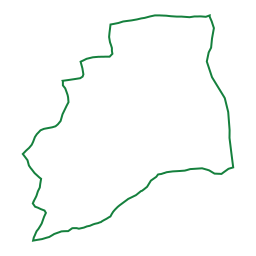 outline of Esan South-East, Edo, Nigeria
{"feature_id": "59680162B32427656470349", "entity_name": "Esan South-East", "entity_type": "district", "adm_level": 2, "iso_a3": "NGA", "parent_name": "Nigeria", "parent_adm1": "Edo", "projection": "orthographic", "projection_center": [6.432, 6.577], "detail": "fine", "context": "isolated", "style": "outline", "palette": "green", "viewbox_px": 256, "rotation_deg": 0, "n_neighbors": 0, "source": "geoboundaries", "source_scale": "gbopen_adm2", "svg_char_len": 2352}
<svg xmlns="http://www.w3.org/2000/svg" viewBox="0 0 256 256"><path d="M209.7,15.4L205.9,16.8L200.8,16.4L194.2,16.5L189.6,17.2L181.6,16.6L176.9,16.6L170.7,16.2L166.2,15.7L161.5,15.5L159.6,15.4L154.9,15.4L150.2,16.4L144.6,17.9L141.3,18.4L137.1,19.4L131.5,20.4L126.8,21.0L123.1,21.5L118.4,23.0L113.3,24.0L110.5,24.5L110.0,28.8L109.5,32.7L109.1,37.0L110.0,42.3L111.0,45.1L111.9,48.0L111.9,50.9L112.4,53.8L109.6,56.7L104.5,56.7L98.4,56.8L96.1,57.0L92.8,57.3L86.6,58.8L83.4,60.4L80.6,61.7L82.4,68.3L83.4,74.4L82.6,76.6L80.2,78.2L75.2,79.0L68.5,80.0L64.9,80.5L62.6,80.8L62.9,81.6L62.9,82.6L62.9,85.4L65.2,88.3L66.6,92.1L67.6,95.0L68.1,97.4L68.5,102.2L66.7,105.6L64.4,110.4L62.5,114.3L61.7,117.2L60.6,121.0L57.8,124.4L55.5,126.3L52.2,127.3L45.2,128.6L43.8,128.9L40.5,130.3L39.1,131.8L36.8,134.2L34.9,137.1L33.1,141.9L31.7,144.8L29.1,147.9L26.1,150.6L22.8,154.0L23.5,154.9L27.5,160.2L28.9,165.5L30.9,168.4L31.3,168.8L34.6,173.1L39.3,177.4L41.1,178.8L40.2,184.1L39.8,187.5L37.9,191.3L36.5,195.7L36.2,196.4L35.1,198.6L33.6,201.4L33.7,201.5L32.8,203.4L35.1,206.7L37.9,207.7L40.8,209.1L44.5,210.5L45.9,212.9L44.1,216.7L41.7,223.5L40.3,225.9L38.5,228.8L36.6,231.2L35.7,233.2L34.7,235.6L33.8,237.5L33.1,240.6L37.6,239.8L42.0,239.1L45.0,238.2L46.6,237.7L49.2,237.0L52.6,235.0L54.2,234.0L55.3,233.6L59.0,232.3L61.4,231.4L64.1,231.2L68.2,231.1L72.3,228.2L74.8,228.1L76.5,228.1L78.9,228.7L83.9,227.6L86.9,226.4L89.8,225.8L93.1,224.4L94.9,223.8L97.6,223.2L98.0,223.1L99.2,222.6L99.7,222.4L100.9,222.1L102.1,221.2L104.2,220.0L106.5,218.8L109.2,217.1L110.4,216.5L111.7,214.1L113.2,211.7L115.0,209.6L115.8,208.8L115.9,208.7L116.7,207.9L117.7,206.9L119.5,205.4L126.4,200.3L128.4,198.8L128.5,198.8L132.2,197.0L134.2,196.0L135.9,195.2L141.0,191.1L142.0,190.8L144.0,189.3L147.1,186.8L150.9,180.6L151.2,180.4L156.3,176.8L158.0,174.5L159.5,174.2L161.2,174.0L164.2,173.0L164.5,173.0L164.6,172.9L165.5,172.6L166.7,172.2L172.7,171.4L179.7,171.0L184.9,170.6L185.5,170.4L186.4,170.2L190.2,169.1L194.7,168.8L196.2,168.7L202.1,168.3L207.4,169.8L208.6,170.2L209.2,170.4L214.5,173.6L221.5,173.9L223.1,172.7L226.7,170.1L228.5,168.8L233.2,167.4L231.4,153.3L229.5,137.9L229.6,130.1L228.2,112.0L224.8,98.2L224.0,96.8L215.6,83.1L212.0,77.2L206.8,61.5L208.7,52.4L211.1,47.7L212.0,38.6L213.9,28.1L212.8,24.8L211.7,21.4L209.7,16.8L209.7,15.4Z" fill="none" stroke="#15803d" stroke-width="2"/></svg>